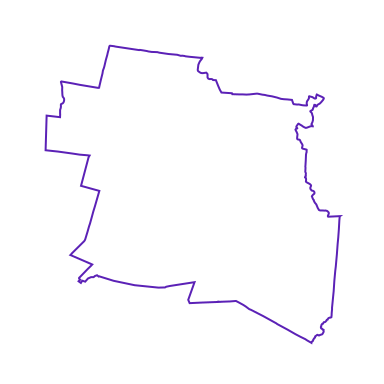 outline of Stolnici, Arges, Romania, rotated 187°
{"feature_id": "2599482B48511043053031", "entity_name": "Stolnici", "entity_type": "district", "adm_level": 2, "iso_a3": "ROU", "parent_name": "Romania", "parent_adm1": "Arges", "projection": "albers", "projection_center": [24.745, 44.58], "detail": "fine", "context": "isolated", "style": "outline", "palette": "violet", "viewbox_px": 384, "rotation_deg": 187, "n_neighbors": 0, "source": "geoboundaries", "source_scale": "gbopen_adm2", "svg_char_len": 5673}
<svg xmlns="http://www.w3.org/2000/svg" viewBox="0 0 384 384"><g transform="rotate(187 192 192)"><path d="M335.5,285.4L335.5,285.2L333.6,280.4L333.3,277.3L332.9,275.2L332.7,273.9L332.4,272.3L331.9,270.8L330.8,269.7L330.3,268.9L330.2,268.4L330.1,267.2L330.2,266.3L330.4,265.5L330.8,264.7L331.3,264.1L332.4,263.5L332.7,263.2L332.8,262.6L332.5,260.8L332.5,259.5L332.9,257.4L332.5,253.8L332.4,253.5L332.3,252.8L332.1,250.2L345.6,250.1L342.4,215.6L330.0,215.8L315.8,215.6L308.1,215.4L300.2,215.7L298.1,215.7L298.9,213.8L302.9,184.6L284.1,181.8L286.6,166.1L287.6,160.5L288.4,154.9L289.4,148.2L290.0,145.3L290.9,139.5L292.2,132.1L292.5,131.1L293.0,130.1L303.5,116.8L304.6,115.1L305.0,114.6L282.2,107.9L283.2,106.5L286.1,102.9L293.1,93.6L293.5,93.2L293.6,92.8L293.5,92.3L292.3,91.3L293.7,89.6L293.4,89.4L291.2,88.2L290.1,90.6L287.1,90.0L284.7,93.5L281.8,95.2L279.3,95.5L278.1,96.8L276.1,97.8L274.3,96.7L273.9,97.0L258.9,94.3L237.6,92.5L213.7,93.0L207.1,94.0L206.1,94.8L202.6,96.0L178.5,102.8L182.6,84.5L180.8,81.4L169.1,83.4L153.6,85.9L151.2,86.3L151.3,86.4L151.0,86.4L148.5,86.8L141.0,88.0L135.1,89.2L132.4,88.2L127.4,86.2L124.7,84.9L120.9,82.7L119.3,82.3L106.2,77.5L92.3,71.9L91.3,71.3L80.3,67.0L72.0,63.5L67.0,61.6L61.5,59.7L60.0,58.9L55.1,56.8L55.1,57.3L55.0,57.8L54.8,58.1L54.3,58.3L53.9,58.9L53.7,59.4L53.7,60.1L53.3,60.6L53.2,61.4L52.5,62.1L52.2,62.5L52.1,62.9L52.2,63.6L52.0,63.9L51.5,64.3L51.1,64.6L50.5,65.3L50.2,65.5L49.7,65.5L48.9,65.1L48.1,65.2L47.6,65.7L47.2,65.8L46.7,66.1L45.8,66.4L45.5,66.7L45.2,67.0L44.6,68.4L44.3,69.3L44.4,70.0L44.6,70.5L44.6,71.3L44.8,71.4L45.2,71.3L45.4,71.3L46.2,71.9L46.2,72.1L46.3,72.2L46.7,72.4L47.1,72.4L47.3,72.6L47.5,73.1L47.6,73.6L47.6,74.1L47.3,74.8L47.4,75.4L47.3,75.9L46.9,76.4L46.7,77.0L45.9,77.3L45.7,78.0L45.3,78.8L44.2,79.1L43.7,79.5L43.2,80.3L42.9,80.6L42.8,81.2L42.6,81.6L42.3,81.7L41.8,81.9L41.7,82.4L41.5,82.9L41.1,83.5L40.0,84.1L39.1,84.2L38.9,84.3L38.7,84.6L38.4,84.8L38.4,85.2L38.4,86.0L38.4,86.4L38.5,87.7L38.6,88.9L38.7,92.8L38.8,93.4L38.9,94.0L39.2,106.5L39.3,110.9L39.9,121.3L40.2,131.3L40.2,135.3L40.6,147.7L41.1,157.9L41.3,164.9L41.7,173.1L42.3,182.0L42.4,185.8L42.1,186.1L53.6,184.1L53.9,184.1L54.1,184.3L54.1,184.5L54.2,184.8L54.2,185.2L53.7,186.7L53.6,187.6L53.8,188.2L54.2,188.7L55.3,189.5L55.7,189.7L56.6,189.8L57.1,189.9L58.1,189.7L61.1,189.5L62.4,189.3L63.1,189.4L63.9,189.7L64.6,190.7L65.4,191.7L65.7,192.3L66.2,193.3L66.5,193.6L67.0,194.7L67.7,195.4L68.7,196.3L69.2,196.9L69.4,197.4L70.0,198.1L70.1,198.8L70.8,199.4L71.1,199.8L71.9,201.2L72.1,201.7L72.5,202.4L72.2,203.0L71.5,204.1L70.6,205.0L70.4,205.3L70.3,206.0L70.4,206.4L70.6,206.9L70.9,207.3L71.5,207.7L72.1,207.9L73.1,208.0L73.5,208.1L74.0,208.7L74.6,209.2L74.8,209.6L75.0,210.0L75.1,210.7L74.6,212.6L74.6,212.9L74.8,213.3L75.7,214.1L76.4,214.4L77.5,214.9L78.2,215.1L79.8,215.8L80.0,216.1L80.2,216.3L80.3,218.5L80.6,219.6L80.8,219.8L81.6,220.2L81.6,220.4L81.6,220.6L81.2,220.8L81.1,221.0L81.2,221.7L81.0,221.9L81.0,222.2L81.2,222.7L81.2,224.0L81.3,224.5L81.5,225.0L81.9,225.6L82.0,225.9L82.3,229.9L82.6,231.1L82.6,231.8L82.7,233.5L82.9,236.7L83.0,238.0L83.4,243.0L83.3,244.7L83.1,245.5L83.2,246.3L83.3,247.6L83.3,247.8L83.5,248.0L84.0,248.1L87.3,248.5L87.8,248.7L88.1,249.0L88.2,249.3L88.0,250.7L87.9,251.6L88.1,252.2L88.5,252.9L90.1,254.8L91.2,256.7L91.7,257.0L92.6,257.0L93.4,257.1L93.7,257.2L94.0,257.5L94.2,258.0L94.3,259.4L94.3,261.5L94.3,262.0L94.5,262.6L94.8,263.1L95.4,264.2L96.5,265.8L96.8,266.3L96.9,266.6L96.8,266.8L96.5,267.3L96.3,267.5L95.5,267.8L95.3,268.0L95.4,268.3L96.3,269.0L96.4,269.5L96.2,270.2L95.2,272.1L95.0,272.5L94.6,272.8L94.2,272.7L93.6,272.4L92.4,271.8L91.3,271.4L90.2,270.7L88.6,270.0L87.0,269.5L86.5,269.6L85.7,269.9L82.3,271.7L81.6,271.9L80.1,271.9L80.1,272.0L81.7,273.9L81.0,276.0L80.8,277.3L80.7,278.1L80.8,278.8L81.0,280.9L81.1,281.3L82.1,283.4L82.3,284.1L82.7,284.9L83.2,285.4L84.3,286.3L84.4,286.6L84.3,286.8L84.1,287.0L82.6,288.0L82.2,288.5L82.1,289.7L81.6,291.0L81.4,291.9L81.3,292.9L81.2,293.4L80.7,293.5L80.3,293.4L80.0,293.0L79.6,292.2L79.3,292.0L78.8,292.1L78.6,292.4L78.3,293.4L78.1,293.7L77.9,293.9L75.8,295.5L74.6,297.1L73.5,298.8L73.1,299.4L72.6,300.7L72.6,301.1L72.9,301.5L74.8,302.3L77.6,303.1L79.3,303.7L79.7,303.9L80.0,304.0L80.1,303.8L80.4,301.9L80.4,301.2L80.3,300.6L80.3,300.3L80.5,300.0L81.2,299.7L81.9,299.8L83.5,300.6L84.3,300.9L87.3,301.3L87.5,301.1L87.4,299.4L87.4,299.1L87.9,297.9L88.8,296.2L89.0,295.3L89.0,294.1L88.8,293.3L88.4,292.3L88.4,292.0L88.8,291.8L91.5,291.6L93.3,291.6L96.6,291.9L98.5,291.6L101.8,291.6L102.1,291.9L102.3,292.1L104.0,295.6L108.8,295.5L112.1,295.3L115.0,295.3L119.2,296.1L124.2,296.7L129.1,296.9L131.5,297.2L134.1,297.2L138.9,297.6L140.3,297.4L147.1,295.8L150.0,295.3L152.9,295.1L157.4,294.6L163.9,294.0L164.4,294.9L174.9,294.3L176.9,297.0L179.0,300.6L181.9,305.9L184.7,305.7L184.8,305.9L185.5,306.3L186.3,306.5L187.3,306.4L188.1,306.2L188.9,306.3L189.6,306.5L190.1,307.0L190.5,307.5L190.7,308.6L190.8,310.1L191.1,311.1L192.0,311.9L192.4,312.2L194.9,311.5L195.8,311.3L196.9,311.2L197.8,311.3L198.8,311.7L200.6,312.7L201.0,313.3L201.2,313.9L201.2,319.1L200.6,321.2L200.1,322.6L198.4,325.5L198.1,326.5L199.0,326.5L199.9,326.2L211.2,325.9L214.0,325.9L215.2,325.9L215.9,326.1L218.4,326.1L219.7,325.8L223.4,326.4L232.1,326.1L241.4,326.3L243.4,326.6L248.2,326.2L248.8,326.1L252.5,326.2L253.8,326.4L257.9,326.6L261.1,326.7L261.7,326.4L285.0,327.0L286.5,327.1L286.9,327.2L291.2,327.2L291.4,327.1L291.7,326.7L291.8,326.4L292.1,323.4L292.6,319.9L292.8,317.7L293.6,312.6L294.3,306.0L294.6,304.2L295.2,301.7L295.3,298.7L296.1,292.3L296.9,284.8L296.9,284.2L297.8,283.9L316.6,284.7L323.6,285.2L335.1,285.8L335.5,285.4Z" fill="none" stroke="#5b21b6" stroke-width="2"/></g></svg>